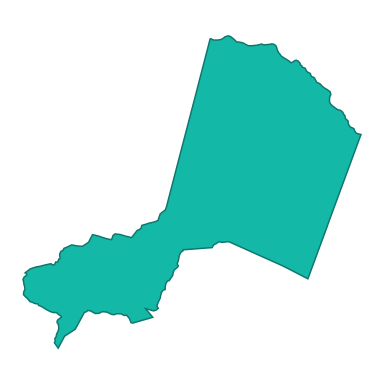 Kundiawa/Gembogl District, Chimbu, Papua New Guinea
{"feature_id": "67681753B57459737703573", "entity_name": "Kundiawa/Gembogl District", "entity_type": "district", "adm_level": 2, "iso_a3": "PNG", "parent_name": "Papua New Guinea", "parent_adm1": "Chimbu", "projection": "mercator", "projection_center": [145.0, -5.921], "detail": "fine", "context": "isolated", "style": "filled", "palette": "teal", "viewbox_px": 384, "rotation_deg": 0, "n_neighbors": 0, "source": "geoboundaries", "source_scale": "gbopen_adm2", "svg_char_len": 3135}
<svg xmlns="http://www.w3.org/2000/svg" viewBox="0 0 384 384"><path d="M307.9,278.8L326.7,227.8L327.9,224.3L361.0,134.5L357.5,133.7L355.9,132.8L354.4,130.5L353.9,128.7L352.2,127.8L351.0,127.4L349.3,126.0L348.4,123.7L348.1,122.2L348.1,121.0L346.9,119.8L345.5,118.7L344.8,115.4L343.8,114.5L342.9,112.4L341.5,111.1L340.4,110.3L337.5,109.6L332.1,105.6L330.1,103.4L329.5,101.1L329.6,98.0L329.9,96.4L330.7,95.1L330.7,93.7L330.1,91.7L327.0,89.5L324.6,88.1L322.3,86.3L319.8,83.6L318.0,82.9L316.8,82.3L315.6,80.2L314.6,78.1L313.5,77.2L311.8,76.7L310.9,75.6L310.5,73.9L309.8,73.2L307.4,72.0L306.4,70.8L305.9,69.8L305.3,68.3L302.4,67.2L301.6,65.6L300.4,64.9L300.2,64.1L300.0,63.1L298.2,61.1L296.7,60.3L294.9,60.5L293.9,61.3L291.6,62.7L290.7,62.6L288.9,60.9L286.7,59.6L284.4,58.2L281.3,56.2L280.1,54.4L278.7,52.8L277.8,51.0L277.0,48.9L276.6,47.1L275.5,45.3L273.9,44.3L271.6,43.8L270.9,44.2L267.1,44.6L264.3,44.9L263.2,44.6L261.3,44.0L259.1,44.8L256.8,45.2L255.0,45.4L252.4,45.7L248.1,45.7L245.2,44.1L243.0,42.9L239.8,42.2L238.0,41.9L236.7,42.1L235.3,40.5L232.2,37.8L230.6,36.6L228.6,35.9L227.0,36.1L224.5,37.1L222.9,38.6L220.9,39.5L218.9,39.9L216.5,40.1L214.6,40.1L212.9,39.8L210.8,38.7L210.1,39.0L194.3,100.0L178.0,162.4L166.6,206.3L165.5,209.7L160.2,213.9L158.0,220.4L156.3,221.2L154.1,222.0L148.9,223.2L145.7,224.3L141.8,225.4L140.9,228.6L137.1,230.5L131.6,237.6L125.1,236.0L120.2,234.5L115.0,233.9L113.0,235.5L111.6,239.7L106.5,238.7L102.1,237.3L98.3,236.0L92.6,234.6L91.7,236.3L90.3,238.8L88.7,242.1L86.5,243.7L84.2,245.1L82.4,246.3L77.6,246.0L71.8,244.9L67.5,246.9L63.9,248.4L63.3,250.0L60.8,251.5L59.7,253.9L59.7,256.2L60.2,257.4L60.0,258.7L58.8,259.0L57.8,262.0L55.7,262.0L54.6,264.5L52.9,265.1L51.0,263.7L48.0,264.3L43.7,265.3L40.0,266.3L36.8,266.8L33.3,267.8L30.1,269.0L28.4,270.3L25.1,272.9L26.5,273.5L26.7,275.1L24.1,277.1L23.0,279.5L23.7,282.1L23.8,283.7L24.5,286.3L25.0,289.1L23.7,292.0L23.5,294.7L25.5,296.8L27.6,298.7L30.0,301.7L32.3,302.2L34.3,303.4L38.0,304.0L38.6,305.4L41.1,306.3L43.1,307.5L46.1,309.4L50.5,311.7L53.9,312.7L56.2,312.4L59.2,315.0L61.1,316.2L61.3,317.3L58.0,319.6L57.0,321.4L57.3,323.1L58.4,324.5L58.8,328.4L58.0,331.3L56.6,334.1L56.1,336.8L54.8,338.6L55.2,340.8L54.6,342.5L54.4,342.8L58.2,348.1L64.6,336.2L75.3,329.2L84.3,312.5L86.6,311.6L87.9,310.4L90.7,311.0L95.2,313.5L98.7,313.4L102.4,311.7L107.0,312.1L111.6,314.4L114.0,314.7L116.9,313.7L121.3,313.9L123.9,315.4L126.7,315.3L129.3,318.4L131.0,322.6L132.6,323.1L152.8,317.3L145.5,308.6L153.6,310.9L154.4,310.7L156.6,309.8L158.3,308.3L156.7,305.9L156.8,305.8L156.9,305.7L157.1,305.5L157.2,305.0L157.4,304.4L157.7,303.8L157.9,303.3L158.0,302.8L158.1,302.4L158.3,302.0L158.4,301.9L160.1,298.4L160.9,294.6L161.5,292.4L163.3,290.1L165.2,289.5L165.2,287.8L165.4,286.0L165.8,283.8L167.3,281.2L169.3,280.5L170.4,278.8L172.7,275.5L173.2,272.6L174.0,270.3L176.3,268.2L178.0,266.8L178.2,265.6L177.1,264.0L178.1,261.5L178.6,259.3L179.0,257.0L179.7,254.5L181.1,252.1L183.0,250.8L183.0,249.8L212.2,247.6L213.6,244.9L216.3,243.5L219.4,241.6L221.6,242.4L223.5,242.3L227.3,241.7L229.3,241.9L283.2,266.1L307.9,278.8Z" fill="#14b8a6" stroke="#0f766e" stroke-width="1.5"/></svg>